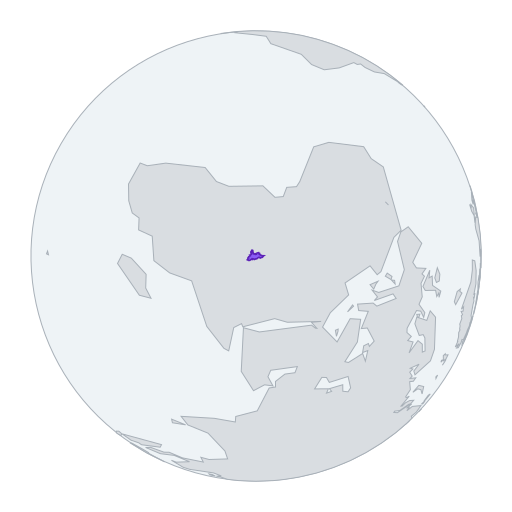 Haut-Mbomou highlighted on a globe, orthographic projection, rotated 120°
{"feature_id": "CAF-867", "entity_name": "Haut-Mbomou", "entity_type": "Prefecture", "adm_level": 1, "iso_a3": "CAF", "parent_name": "Central African Republic", "parent_adm1": "", "projection": "orthographic", "projection_center": [25.352, 6.594], "detail": "fine", "context": "on_globe", "style": "filled", "palette": "violet", "viewbox_px": 512, "rotation_deg": 120, "n_neighbors": 0, "source": "natural_earth", "source_scale": "10m", "svg_char_len": 9820}
<svg xmlns="http://www.w3.org/2000/svg" viewBox="0 0 512 512"><g transform="rotate(120 256 256)"><circle cx="256" cy="256" r="225" fill="#eef3f6" stroke="#a8b0b8"/><path d="M178.8,44.4L177.4,44.9L175.2,45.7L178.8,44.4ZM154.0,55.1L153.1,55.7L147.4,59.1L140.2,63.2L137.5,65.1L144.5,61.6L131.3,70.4L122.9,79.0L119.4,81.8L112.4,85.3L112.0,83.5L102.8,90.8L108.9,86.4L100.2,94.4L98.8,96.2L99.4,96.3L102.8,93.6L99.8,96.8L92.7,101.6L95.3,98.8L97.5,97.0L97.2,96.6L92.4,101.1L88.4,105.5L88.0,105.9L99.6,93.8L112.1,82.7L125.4,72.4L139.4,63.2L154.0,55.1ZM34.6,214.2L34.9,215.6L34.3,218.3L33.9,236.1L37.4,245.5L38.2,255.8L37.4,261.4L39.5,264.1L39.6,268.0L51.5,278.0L60.6,290.0L62.4,303.6L58.7,317.6L64.7,349.3L60.6,357.0L65.8,369.5L73.4,386.4L70.1,383.2L77.5,393.2L81.0,397.9L71.2,384.9L62.4,371.2L54.6,356.9L47.8,342.0L42.1,326.8L37.6,311.1L34.2,295.2L31.9,279.1L30.8,262.8L30.9,246.5L32.2,230.3L34.6,214.2ZM190.8,40.7L191.7,40.2L195.3,39.2L190.8,40.7ZM210.4,35.4L205.1,36.6L202.7,37.3L199.4,38.2L203.0,37.0L210.4,35.4ZM213.6,34.8L215.6,34.4L213.8,34.7L213.6,34.8ZM216.4,34.2L219.9,33.6L217.2,34.1L216.1,34.3L216.4,34.2ZM225.7,33.0L217.1,34.3L214.7,34.6L223.4,33.2L225.7,33.0ZM426.0,108.2L430.4,113.6L434.5,118.7L434.1,118.1L438.3,123.7L440.3,126.5L441.9,128.8L451.2,143.6L459.3,159.0L463.7,169.1L465.1,176.3L466.5,180.3L463.8,176.1L465.1,184.4L473.9,206.7L475.4,213.5L475.2,227.1L474.4,222.0L467.4,210.7L469.6,227.2L475.0,240.0L477.0,255.9L474.4,251.5L471.9,237.6L469.4,233.1L467.6,218.8L460.8,198.6L457.9,203.1L455.7,194.9L445.9,179.1L440.4,185.4L433.4,209.0L436.4,230.5L432.3,240.7L417.4,210.9L410.1,190.9L405.1,193.3L389.5,177.5L363.7,178.6L359.7,173.6L354.9,176.4L343.8,171.9L337.6,163.9L331.1,164.9L347.6,186.1L354.6,185.3L360.0,176.4L363.3,184.2L373.9,190.8L363.3,211.1L324.4,231.0L320.1,215.1L288.1,173.3L288.8,168.5L288.6,168.0L288.2,167.1L285.7,174.8L280.1,166.9L297.7,195.7L300.9,208.5L323.9,232.0L321.8,234.7L329.1,239.5L351.8,232.2L352.0,237.6L341.6,263.4L309.7,299.3L313.8,322.3L311.1,342.1L290.7,355.8L292.1,370.7L281.5,376.3L280.6,384.7L271.8,393.8L257.4,402.4L233.4,402.8L232.2,395.3L220.7,380.6L204.8,344.3L211.3,327.5L209.2,314.3L191.8,285.1L195.7,268.9L190.9,262.1L181.2,263.7L175.7,255.6L169.7,255.3L132.6,260.6L121.2,249.8L107.5,217.4L114.1,204.9L115.2,190.3L161.1,143.2L170.9,145.9L207.1,140.0L211.6,141.7L207.5,152.3L234.8,165.4L243.4,156.3L268.0,163.3L284.3,162.8L289.9,142.8L263.2,143.1L258.5,133.7L279.8,125.2L303.1,126.2L302.0,122.7L287.1,114.9L292.4,108.7L282.0,111.9L286.3,115.4L279.9,117.8L275.6,114.9L277.6,112.6L270.6,111.1L262.7,123.6L266.2,128.5L247.8,131.1L251.9,139.8L246.9,144.0L238.2,131.0L239.0,126.3L222.7,113.4L220.3,118.4L235.4,131.3L230.7,130.3L227.5,138.4L226.2,131.5L210.4,117.3L193.7,120.7L172.6,140.7L162.8,142.6L154.6,138.8L162.1,118.8L183.1,117.1L186.1,111.1L181.8,102.7L188.5,103.3L189.3,100.0L197.2,99.4L208.3,91.6L216.3,90.7L220.6,81.5L225.3,80.1L221.4,85.8L223.0,89.7L243.0,89.0L246.8,87.0L248.0,81.3L253.4,82.3L251.9,77.0L263.4,75.0L248.3,73.4L249.2,67.9L256.1,63.9L253.7,62.1L242.5,68.8L240.5,71.9L243.2,74.9L235.3,84.5L228.5,86.2L226.4,75.9L216.4,77.7L219.2,69.9L247.6,54.8L259.6,52.5L279.4,58.9L276.7,61.8L268.2,60.7L276.1,66.3L275.4,63.6L279.8,64.8L281.9,60.7L285.1,61.4L281.6,56.7L285.8,57.1L288.0,60.1L294.6,55.5L303.3,56.0L303.3,54.7L300.7,53.2L313.5,55.4L312.9,54.4L308.5,53.2L304.4,50.7L302.1,47.3L306.7,48.2L308.1,49.6L317.9,54.2L321.0,58.3L322.6,58.4L321.0,55.2L309.1,49.4L306.4,47.2L312.6,49.5L310.1,48.4L310.2,47.7L314.6,48.0L308.1,45.4L303.1,38.4L311.1,39.1L317.1,41.4L318.4,39.9L327.3,42.3L323.2,41.0L322.2,40.7L339.1,46.6L355.5,53.9L371.2,62.4L386.3,72.2L400.4,83.1L413.7,95.1L426.0,108.2ZM145.6,166.8L144.4,171.1L145.6,166.8ZM328.2,138.3L341.8,138.8L334.8,126.9L339.5,126.4L335.4,122.8L334.2,126.1L324.1,116.5L329.7,113.2L327.6,108.4L322.9,108.1L314.3,116.0L328.8,129.3L326.0,134.2L328.2,138.3ZM35.0,215.5L34.7,218.4L34.5,218.0L35.0,215.5ZM42.5,184.1L42.1,185.6L41.9,185.9L42.5,184.1ZM100.6,94.1L101.1,93.8L100.9,94.6L99.5,95.7L100.6,94.1ZM109.4,91.6L104.5,96.8L107.0,93.5L104.0,95.5L105.6,91.5L117.8,83.0L112.0,87.3L109.4,91.6ZM111.1,84.8L108.7,87.7L110.8,84.9L111.1,84.8ZM186.0,84.8L188.7,86.5L185.6,90.2L175.5,93.1L179.8,87.7L186.0,84.8ZM193.2,88.4L194.0,78.4L200.3,76.8L196.6,79.2L200.7,79.2L195.9,83.3L201.2,92.2L198.9,96.2L181.4,98.4L188.4,95.2L185.3,93.4L193.2,88.4ZM184.7,61.8L185.1,59.1L198.3,58.8L196.4,61.4L186.2,64.0L182.4,62.5L184.7,61.8ZM171.1,47.5L170.4,47.7L172.2,47.0L174.3,46.2L171.1,47.5ZM197.5,38.4L197.4,38.5L192.9,39.7L195.9,39.0L189.3,40.9L191.0,40.5L176.0,46.4L174.5,46.8L167.6,50.7L160.8,53.3L165.5,50.5L155.1,55.9L156.6,54.5L150.0,58.2L161.2,51.8L162.1,51.2L163.6,50.7L169.9,48.2L172.8,46.9L181.9,43.3L184.3,42.4L197.5,38.4ZM235.4,36.3L230.3,36.2L235.2,37.9L228.6,38.6L229.6,38.8L224.9,40.1L220.9,42.2L217.9,42.4L217.6,43.1L214.5,44.3L213.1,45.5L207.2,46.5L205.1,48.3L203.5,47.8L201.4,50.7L200.3,49.1L196.2,50.8L199.4,51.5L171.1,56.9L160.0,61.6L151.3,66.7L150.8,64.1L158.5,58.1L170.2,51.6L180.9,47.9L178.7,47.8L183.2,46.1L183.1,46.9L185.9,44.8L189.6,43.8L200.0,40.0L201.9,38.4L205.7,37.3L206.8,37.4L209.9,36.3L214.5,35.9L217.4,35.3L224.9,34.6L225.3,35.9L228.5,35.1L234.3,35.0L235.4,36.3ZM227.7,32.8L229.7,33.3L227.1,34.2L215.2,35.1L212.0,35.7L204.2,37.0L208.2,35.9L210.0,35.5L212.7,35.0L210.4,35.5L214.3,34.7L217.0,34.4L220.7,33.8L220.3,34.0L227.7,32.8ZM216.8,137.7L220.3,138.1L225.8,137.5L223.8,142.9L216.8,137.7ZM205.7,128.0L208.9,127.3L208.8,133.9L205.2,133.8L205.7,128.0ZM210.7,121.5L209.1,126.7L207.8,123.8L210.7,121.5ZM224.4,85.0L227.8,84.3L228.1,85.6L226.2,87.6L224.4,85.0ZM248.6,44.0L246.1,43.2L247.1,42.7L245.6,40.3L250.3,40.0L253.1,41.3L248.6,44.0ZM285.3,146.2L280.6,150.1L278.2,148.3L280.3,147.3L285.3,146.2ZM250.7,146.4L258.6,148.8L250.1,147.9L250.7,146.4ZM253.6,43.2L252.4,42.1L255.5,42.7L253.6,43.2ZM253.7,39.7L257.4,40.0L250.7,39.7L253.7,39.7ZM358.7,436.3L358.9,438.5L355.9,439.0L358.7,436.3ZM348.3,337.4L331.7,372.2L321.4,372.7L320.2,362.9L326.8,342.0L338.9,335.5L345.1,325.8L348.3,337.4ZM478.9,288.6L477.5,289.4L476.3,287.2L477.1,283.1L479.1,283.3L479.1,287.1L478.9,288.6ZM477.0,283.1L474.4,273.2L466.6,243.5L469.5,243.4L476.7,260.8L476.4,264.1L478.0,272.1L477.0,283.1ZM480.8,271.2L480.5,271.1L480.1,269.8L479.9,257.3L480.0,250.7L480.6,250.7L480.0,232.2L481.2,251.7L480.8,271.2ZM437.4,232.5L442.2,245.0L439.5,247.5L437.4,232.5ZM468.6,186.5L468.2,187.8L467.1,184.6L466.9,181.1L468.6,186.5ZM292.4,43.2L289.3,46.4L290.2,49.5L295.6,52.0L286.6,50.3L285.2,45.5L292.4,43.2ZM301.3,38.6L296.5,37.2L299.4,37.4L300.9,37.8L301.3,38.6ZM297.9,38.0L290.5,37.2L288.3,36.1L294.6,37.0L297.9,38.0ZM272.1,38.9L270.8,39.8L268.3,39.2L272.1,38.9ZM306.6,36.5L309.3,37.1L306.7,36.5L305.5,36.2L306.6,36.5Z" fill="#d9dde1" stroke="#a8b0b8" stroke-width="1"/><path d="M251.8,249.4L252.0,249.5L252.3,249.4L252.5,249.5L252.9,249.7L253.1,249.6L253.3,249.7L253.5,249.7L253.9,249.8L254.0,249.8L254.3,250.1L254.4,250.3L254.4,250.5L254.5,250.5L254.7,250.8L254.9,250.9L255.0,250.9L255.3,250.9L255.4,251.0L255.5,251.0L255.7,251.4L255.7,251.6L255.7,251.8L255.6,252.0L255.4,252.0L255.4,252.4L255.6,252.6L255.9,252.8L255.9,253.0L256.0,253.0L256.4,253.3L256.5,253.4L256.9,253.5L257.3,253.7L257.5,253.7L257.5,253.8L257.8,254.0L258.0,254.0L258.2,254.3L258.4,254.3L258.6,254.4L258.7,254.5L258.7,254.8L258.8,254.8L258.8,255.0L259.0,255.1L259.2,255.3L259.4,255.4L259.5,255.5L259.8,255.7L260.0,255.8L259.9,256.1L259.7,256.4L259.6,256.5L259.7,256.8L259.8,256.9L260.0,257.1L260.3,257.2L260.3,257.4L260.3,257.5L260.5,257.5L260.3,257.8L260.2,257.9L260.2,258.0L260.3,258.0L260.4,257.9L260.5,257.9L260.6,258.2L260.9,258.3L261.0,258.3L261.3,258.3L261.6,258.4L261.7,258.5L261.8,258.8L262.0,258.8L262.4,258.9L262.5,259.0L262.9,259.2L263.0,259.4L263.2,259.5L263.3,259.7L263.3,259.9L263.3,260.0L263.4,259.9L263.5,260.0L263.3,260.5L263.4,261.0L263.5,261.2L263.6,261.3L264.0,261.7L264.0,261.8L264.2,262.0L264.0,261.9L263.8,261.9L263.6,261.7L263.4,261.7L263.1,261.5L262.9,261.5L262.7,261.5L262.3,261.7L262.1,261.9L262.0,262.0L261.9,262.1L261.7,262.1L261.5,261.9L261.4,261.9L261.2,261.9L261.1,262.0L260.9,262.0L260.9,261.9L260.8,262.0L260.7,262.0L260.3,262.0L260.3,261.9L260.1,261.7L259.9,261.7L259.7,261.7L259.4,261.5L259.3,261.4L259.2,261.3L259.0,261.2L259.0,261.3L258.9,261.3L258.8,261.5L258.7,261.5L258.5,261.4L258.4,261.4L258.4,261.5L258.2,261.5L258.0,261.4L257.9,261.4L257.9,261.5L257.8,261.4L257.7,261.3L257.7,261.2L257.7,261.3L257.3,261.1L257.2,261.1L257.1,260.9L256.9,260.9L256.7,260.8L256.3,261.0L256.2,261.0L255.9,261.4L255.8,261.5L256.0,261.7L256.0,261.8L255.9,261.9L255.9,262.1L255.6,262.2L255.3,262.2L255.2,262.2L255.1,262.3L254.9,262.5L254.8,262.4L254.6,262.3L254.3,262.4L254.2,262.4L254.1,262.5L253.9,262.5L253.7,262.5L253.3,262.6L253.3,262.4L253.2,262.4L253.1,262.2L252.9,262.1L252.7,261.9L252.8,261.8L252.8,261.7L253.0,261.4L253.1,261.2L253.3,261.2L253.5,261.2L253.8,261.1L254.0,260.9L254.1,261.0L254.1,260.8L254.1,260.7L254.3,260.6L254.5,260.5L254.5,260.4L254.7,260.2L254.8,260.1L254.7,260.0L254.8,259.9L254.7,259.9L254.8,259.8L254.8,259.6L254.8,259.4L254.9,259.2L255.0,259.2L255.3,258.9L255.3,258.7L255.2,258.5L254.9,258.3L254.9,258.2L254.7,258.1L254.1,257.5L254.1,257.4L254.2,257.5L254.3,257.5L254.5,257.5L254.6,257.4L254.7,257.2L254.9,257.2L254.8,256.9L254.6,256.7L254.4,256.6L254.2,256.4L253.8,256.4L253.7,256.5L253.4,256.8L253.2,256.8L252.8,256.6L251.7,255.4L251.8,255.3L251.8,255.1L252.0,255.0L252.0,254.9L252.0,254.7L252.3,254.5L252.5,254.5L252.7,254.4L252.8,254.4L252.9,254.2L252.9,253.9L252.9,253.6L252.8,253.4L252.7,253.4L252.8,253.3L252.7,253.2L252.8,252.9L252.9,252.7L253.0,252.5L252.9,252.4L252.8,252.1L252.7,252.0L252.7,251.9L252.7,251.6L252.6,251.3L252.6,251.1L252.5,250.9L252.5,250.7L252.6,250.3L252.6,250.2L252.4,250.0L252.4,249.9L252.2,249.8L252.1,249.7L251.9,249.6L251.8,249.4Z" fill="#8b5cf6" stroke="#5b21b6" stroke-width="1.5"/></g></svg>